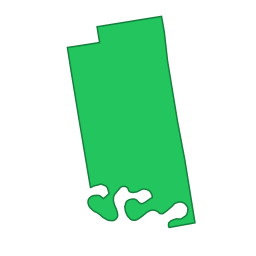 the district of Lee, Arkansas, United States of America, rotated 80°
{"feature_id": "52423323B51053676953804", "entity_name": "Lee", "entity_type": "district", "adm_level": 2, "iso_a3": "USA", "parent_name": "United States of America", "parent_adm1": "Arkansas", "projection": "mercator", "projection_center": [-90.542, 34.77], "detail": "fine", "context": "isolated", "style": "filled", "palette": "green", "viewbox_px": 256, "rotation_deg": 80, "n_neighbors": 0, "source": "geoboundaries", "source_scale": "gbopen_adm2", "svg_char_len": 1920}
<svg xmlns="http://www.w3.org/2000/svg" viewBox="0 0 256 256"><g transform="rotate(80 128 128)"><path d="M233.1,104.7L233.0,78.5L169.0,77.6L147.0,77.9L130.5,78.1L68.5,77.4L39.8,75.6L23.9,75.6L23.6,92.1L22.9,140.9L38.9,141.1L38.7,152.2L38.2,173.7L59.9,174.1L108.2,174.7L180.0,175.3L180.1,174.8L180.1,174.5L179.5,173.2L179.1,171.5L178.8,166.5L178.5,165.3L178.5,164.4L180.5,161.0L181.4,159.7L183.1,158.7L189.3,158.0L193.3,164.4L190.1,167.2L189.3,168.6L188.9,170.3L188.6,173.5L188.9,175.5L189.6,177.1L190.9,178.9L192.1,179.7L194.0,180.3L195.5,180.4L197.9,180.0L200.1,179.1L202.8,177.0L204.4,175.5L206.3,172.8L208.9,170.3L211.4,168.5L214.4,165.0L215.6,163.2L216.5,159.6L216.6,158.3L216.3,157.0L215.3,155.3L214.0,154.1L212.8,153.4L211.3,153.2L209.2,153.2L206.3,153.5L202.3,154.5L198.6,155.0L196.4,154.9L193.5,154.2L191.3,153.0L185.4,146.0L184.9,145.1L184.7,144.6L184.6,143.6L184.9,141.4L185.5,140.3L186.0,139.5L187.1,138.7L188.2,138.4L189.2,138.3L190.1,138.0L190.9,137.4L191.4,136.8L192.0,135.6L192.4,134.3L192.4,130.0L191.3,126.7L190.8,124.5L190.7,123.6L190.9,122.6L191.9,120.1L193.1,118.4L194.2,117.4L195.8,116.7L198.3,116.0L200.8,116.2L201.4,118.2L204.2,124.2L204.8,126.2L205.0,127.5L204.9,128.0L203.6,129.9L200.3,132.2L199.1,134.1L198.7,135.9L198.7,137.7L198.9,139.5L199.7,141.6L200.8,142.8L204.8,144.8L208.7,145.0L211.4,144.6L214.4,143.8L218.0,141.6L218.9,140.6L219.7,139.0L220.0,137.3L220.1,136.1L219.5,134.1L217.7,130.1L214.2,123.9L213.3,121.0L213.0,119.4L213.2,117.5L213.7,116.0L214.2,115.0L215.8,113.0L217.7,111.6L218.4,109.4L218.3,108.3L216.2,104.0L213.0,98.6L210.7,95.6L210.2,94.3L209.8,91.3L210.0,89.2L210.1,88.4L211.4,86.2L212.6,85.0L215.5,83.3L217.4,83.0L219.2,83.3L222.0,84.4L223.1,85.0L224.0,85.7L224.5,86.4L226.4,90.6L226.8,92.1L226.7,92.9L226.0,95.2L225.9,96.6L226.2,98.8L226.8,101.6L228.3,104.1L228.8,104.5L231.1,105.1L232.3,105.1L233.1,104.7Z" fill="#22c55e" stroke="#15803d" stroke-width="1.5"/></g></svg>